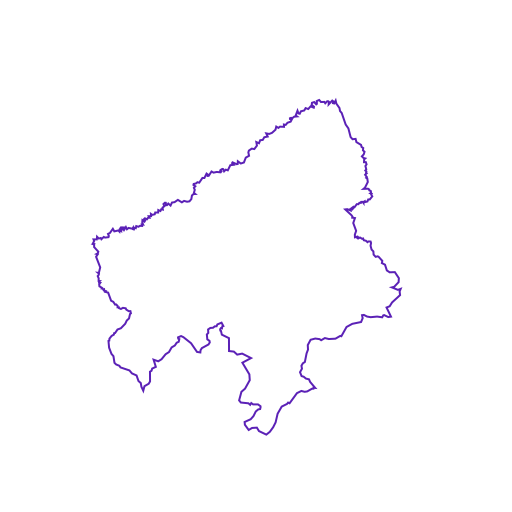 the district of Mpika, Muchinga, Zambia, rotated 212°
{"feature_id": "96606910B87532559916375", "entity_name": "Mpika", "entity_type": "district", "adm_level": 2, "iso_a3": "ZMB", "parent_name": "Zambia", "parent_adm1": "Muchinga", "projection": "orthographic", "projection_center": [31.827, -12.049], "detail": "fine", "context": "isolated", "style": "outline", "palette": "violet", "viewbox_px": 512, "rotation_deg": 212, "n_neighbors": 0, "source": "geoboundaries", "source_scale": "gbopen_adm2", "svg_char_len": 6150}
<svg xmlns="http://www.w3.org/2000/svg" viewBox="0 0 512 512"><g transform="rotate(212 256 256)"><path d="M336.1,105.8L332.0,100.4L326.7,96.4L323.8,95.5L319.4,90.4L317.1,89.9L313.7,90.5L311.9,89.7L302.7,91.9L299.0,90.7L294.0,91.4L289.4,87.7L286.4,87.2L283.9,84.4L280.2,82.0L281.6,86.5L279.3,90.8L279.4,93.5L284.6,101.7L283.8,103.3L284.4,105.5L282.2,108.9L287.9,113.8L283.1,114.9L281.4,118.4L280.6,124.8L278.9,128.4L279.1,133.8L277.4,137.1L277.3,140.4L276.1,142.3L277.0,144.9L278.1,144.7L279.0,145.7L277.1,148.4L274.5,148.7L264.8,147.6L255.2,143.4L252.1,144.7L253.1,146.7L253.1,149.2L249.4,155.8L249.4,158.2L250.5,159.4L253.1,159.5L256.1,163.4L255.7,165.5L257.7,168.3L256.6,170.8L254.4,172.4L253.7,174.5L252.2,175.5L252.5,177.5L249.9,181.2L246.6,179.3L247.3,178.5L246.5,176.6L247.5,176.3L247.6,174.9L246.7,173.8L246.0,173.9L243.3,171.2L235.4,172.0L228.5,161.1L224.1,163.2L219.7,162.4L216.0,165.9L206.1,166.8L211.0,158.3L198.9,152.1L195.5,147.4L195.0,137.7L196.4,133.1L193.8,124.6L191.2,123.7L184.3,127.1L182.1,126.7L182.1,128.8L179.8,128.6L175.7,131.2L172.6,131.0L172.0,130.2L171.4,128.4L172.8,127.1L173.8,124.0L173.3,118.9L174.0,114.8L177.7,109.2L176.0,107.0L170.0,104.6L168.2,108.1L164.3,110.9L160.7,109.1L152.6,110.0L151.1,114.2L150.7,119.9L151.2,125.3L154.1,133.7L154.4,141.9L151.3,147.0L151.1,148.7L149.5,148.9L148.6,161.4L146.0,165.6L142.8,166.6L140.8,168.3L138.2,173.1L137.0,173.9L137.4,174.7L135.9,175.5L143.4,177.9L145.7,179.5L148.7,178.5L151.6,178.9L153.7,178.3L157.1,180.8L157.3,184.8L159.3,187.0L159.4,189.8L158.4,192.0L161.5,200.2L162.3,204.2L164.9,207.9L165.3,213.9L162.0,217.4L158.0,219.2L156.1,219.1L154.1,222.9L150.2,224.2L144.8,228.0L142.2,232.9L141.1,233.2L141.6,243.8L138.4,249.5L131.9,255.7L132.6,259.8L134.7,262.0L133.3,263.2L129.7,263.5L126.3,264.9L121.2,268.8L116.5,270.9L116.6,273.1L116.0,273.8L111.5,274.3L109.4,276.1L118.0,281.5L116.0,284.2L116.0,288.7L113.1,299.2L115.4,302.0L115.9,304.8L117.7,302.5L124.1,301.4L122.5,303.1L121.2,309.4L123.1,312.9L129.7,315.9L134.0,313.0L137.4,313.1L142.0,317.0L145.5,316.7L146.3,318.8L151.6,320.3L152.6,320.2L154.1,318.7L157.0,319.5L158.9,322.1L161.4,322.7L164.3,325.4L165.3,328.0L166.5,329.0L168.4,327.9L168.8,326.8L170.8,327.2L172.9,326.5L174.5,327.6L175.1,326.8L177.6,326.8L178.7,324.9L179.7,325.0L179.8,326.2L180.2,326.3L182.0,324.3L183.5,326.5L184.4,330.4L191.0,335.5L192.2,340.6L194.7,339.5L195.0,340.5L196.7,341.2L205.0,342.8L203.4,344.1L199.9,344.7L200.7,345.5L199.0,346.4L198.9,348.0L200.1,347.7L199.4,349.5L198.3,349.6L198.0,353.4L196.6,354.2L196.5,355.9L195.2,356.6L195.5,357.6L194.3,358.4L193.2,358.0L193.6,358.5L192.8,360.1L192.2,359.4L190.4,361.3L190.8,363.4L189.5,364.2L189.0,368.2L190.8,369.1L190.9,370.1L192.2,369.8L191.9,370.5L193.0,371.9L194.7,371.7L195.2,372.4L196.7,372.4L200.4,369.9L199.8,371.7L200.4,378.0L202.6,380.6L204.0,380.7L203.8,381.7L206.5,382.7L206.0,384.7L206.7,384.7L207.2,386.2L208.6,386.4L208.4,387.9L210.9,390.3L210.8,392.3L212.6,393.8L214.1,392.8L215.5,395.3L215.1,396.6L216.8,396.1L219.0,396.6L218.5,399.3L219.2,401.9L221.3,402.3L222.3,404.4L224.2,404.4L225.8,405.9L231.2,405.8L233.6,408.1L236.0,406.2L238.8,407.0L245.3,413.2L249.6,415.0L259.1,422.7L261.6,423.5L263.6,425.7L268.6,427.8L270.8,430.0L270.5,426.8L271.7,426.4L272.4,428.1L273.7,428.2L274.7,423.1L275.9,425.4L276.7,425.5L277.6,425.0L278.2,422.2L279.7,422.9L282.5,421.0L285.1,421.8L286.6,419.6L285.0,417.3L285.3,416.5L288.2,417.4L289.7,415.6L288.9,413.7L285.9,413.3L285.6,412.4L289.0,411.8L289.6,408.3L292.3,407.7L292.2,405.0L294.6,402.5L294.3,399.8L295.5,399.4L297.8,401.2L296.8,396.2L295.2,396.1L297.5,394.3L298.3,391.9L299.4,391.8L300.2,390.8L299.8,390.2L298.0,390.7L297.8,388.3L299.9,385.7L300.3,382.9L302.0,382.3L300.7,380.4L304.2,378.4L304.9,376.5L307.4,376.5L306.4,373.4L307.7,368.9L309.5,366.5L312.3,365.4L309.4,363.5L311.9,361.1L311.8,358.0L313.8,356.4L313.2,353.2L316.1,352.8L313.7,350.1L314.1,345.8L316.5,344.8L317.9,341.6L317.4,339.8L315.0,337.3L316.8,334.0L315.8,328.9L317.9,326.4L321.6,326.7L320.3,324.3L321.1,323.6L325.5,323.0L325.5,322.1L323.3,321.5L325.9,319.4L325.3,313.7L327.4,313.2L327.9,310.9L329.8,312.3L330.7,312.0L331.7,310.0L331.5,309.3L330.2,309.4L330.3,308.2L333.8,306.5L336.2,304.2L338.5,304.1L338.6,298.9L339.4,298.3L340.3,299.6L341.6,299.7L341.1,294.8L342.8,293.8L343.0,288.1L344.8,287.5L345.3,285.8L347.0,284.1L346.7,283.1L344.4,283.0L344.8,280.9L343.0,279.7L342.1,276.6L340.4,276.4L341.8,275.4L342.4,273.4L341.0,270.0L341.4,267.1L343.2,265.5L346.2,264.6L347.3,262.2L352.0,262.2L353.6,258.5L355.6,256.8L355.2,253.5L358.2,254.0L358.4,252.0L359.2,251.4L360.7,253.3L361.5,252.9L362.0,251.0L360.1,249.7L360.9,247.5L359.6,246.0L361.1,245.5L360.9,243.5L363.2,243.2L362.0,241.0L364.5,239.5L364.0,237.7L365.8,235.9L367.4,236.0L366.1,234.2L368.1,232.9L366.6,232.0L367.8,231.3L367.9,229.4L370.2,229.1L370.5,228.3L370.5,227.2L368.8,227.2L368.8,226.0L371.3,226.2L370.2,224.1L368.3,222.8L369.6,222.2L368.6,221.1L370.4,220.1L371.2,218.5L373.4,217.9L372.7,215.9L373.9,215.6L373.6,213.8L374.5,213.6L375.3,214.8L375.4,213.6L378.9,212.3L379.6,210.3L381.7,211.6L381.7,208.8L383.0,210.3L385.7,208.7L385.7,208.1L384.0,208.6L382.9,207.8L385.1,207.3L383.6,205.6L384.6,205.5L386.0,207.0L384.7,204.3L386.3,204.7L389.2,201.8L391.8,203.2L392.1,198.1L393.2,196.3L391.4,195.0L391.1,193.8L393.8,191.6L395.2,191.5L396.0,188.3L397.2,189.0L398.6,187.5L401.0,188.1L399.8,185.7L402.6,184.0L401.2,182.9L401.0,180.5L400.0,180.5L400.5,179.7L399.3,179.9L398.0,177.8L392.0,176.1L391.6,174.4L392.3,173.2L391.1,173.5L391.2,170.6L382.1,163.8L380.3,158.4L381.1,158.0L379.8,157.8L379.4,156.7L379.6,155.1L377.6,153.7L376.3,151.5L375.2,152.0L375.5,150.8L374.7,150.0L373.9,150.5L374.0,148.9L372.7,147.3L370.0,147.4L369.7,146.7L368.9,147.2L367.5,146.5L367.1,147.2L366.2,146.1L364.8,146.6L364.8,145.7L362.0,146.6L355.2,141.3L352.7,141.5L349.7,140.1L349.0,140.8L347.0,140.4L346.2,139.1L345.1,139.8L344.6,139.2L342.5,139.5L341.4,141.5L338.8,142.6L337.6,141.8L334.6,141.8L333.3,142.7L331.7,141.1L332.1,140.1L330.6,135.7L331.4,132.8L331.0,129.2L332.3,123.1L334.5,120.3L334.7,116.0L335.4,115.4L334.9,114.0L336.1,111.7L336.5,108.3L335.6,106.5L336.1,105.8Z" fill="none" stroke="#5b21b6" stroke-width="2"/></g></svg>